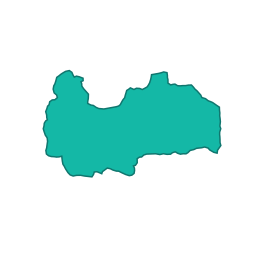 Guararema, São Paulo, Brazil, rotated 125°
{"feature_id": "56859067B30349189053910", "entity_name": "Guararema", "entity_type": "district", "adm_level": 2, "iso_a3": "BRA", "parent_name": "Brazil", "parent_adm1": "São Paulo", "projection": "orthographic", "projection_center": [-46.062, -23.425], "detail": "fine", "context": "isolated", "style": "filled", "palette": "teal", "viewbox_px": 256, "rotation_deg": 125, "n_neighbors": 0, "source": "geoboundaries", "source_scale": "gbopen_adm2", "svg_char_len": 2408}
<svg xmlns="http://www.w3.org/2000/svg" viewBox="0 0 256 256"><g transform="rotate(125 128 128)"><path d="M172.1,199.3L174.7,197.9L177.2,197.0L179.1,194.6L181.3,191.6L182.4,188.6L185.1,186.2L188.1,184.7L191.0,183.2L193.5,182.4L196.1,179.9L196.3,177.2L195.4,174.5L193.8,171.9L192.8,169.9L191.2,167.9L189.1,166.1L190.9,164.5L193.0,162.6L195.0,160.5L195.9,158.3L197.3,155.7L199.0,151.5L199.6,148.5L198.8,145.4L196.4,143.1L193.9,139.7L192.4,136.3L190.5,132.8L188.7,129.5L185.8,129.6L183.4,130.4L181.6,128.3L181.1,126.1L180.5,123.3L178.4,123.9L176.0,123.1L172.7,122.0L171.5,119.1L171.1,116.3L170.0,112.9L168.7,110.8L168.2,107.4L167.4,103.1L166.3,99.6L164.4,97.8L161.7,97.0L159.1,98.2L157.2,99.7L155.9,101.8L154.3,100.5L151.2,100.5L147.9,102.9L145.3,101.9L143.9,100.2L141.1,99.6L138.7,97.8L136.9,95.4L135.0,92.9L133.2,90.5L131.5,86.7L128.8,84.3L127.2,80.9L125.0,78.1L122.7,77.4L120.4,75.6L120.2,72.8L119.4,70.1L117.4,68.0L115.9,65.7L113.9,64.8L110.7,64.2L107.9,61.7L105.3,60.2L103.8,58.5L101.9,56.3L99.6,54.3L98.5,50.9L99.1,48.5L98.9,46.0L98.7,43.8L97.5,40.6L94.8,41.9L92.1,41.9L89.1,41.9L87.1,44.3L84.7,46.0L82.4,47.8L80.8,49.2L78.7,50.6L75.4,51.6L73.7,53.9L71.6,55.0L69.9,55.9L67.2,58.2L65.4,59.9L63.0,61.4L60.9,63.3L58.5,65.1L58.6,68.0L58.6,70.9L58.6,73.2L59.0,75.3L59.7,78.0L59.5,81.3L60.7,85.0L59.3,87.3L58.8,89.4L58.0,92.7L57.7,95.6L57.0,97.8L56.4,100.7L58.2,103.1L60.2,105.1L61.9,107.5L63.6,109.5L64.9,111.6L65.1,114.7L66.5,116.3L68.2,117.7L68.3,121.0L65.5,123.0L64.0,124.7L62.3,125.9L60.3,127.8L61.6,130.9L63.6,132.4L65.7,134.2L70.8,139.3L73.0,138.2L75.4,137.2L78.6,136.2L81.3,135.9L83.4,135.9L86.1,137.2L88.3,138.4L88.9,141.1L90.6,143.9L93.0,145.2L93.8,149.1L95.9,149.7L98.0,150.6L100.3,149.8L102.5,149.1L105.1,148.1L108.0,148.3L111.0,148.0L113.3,147.7L115.4,148.3L117.4,149.9L126.3,158.7L127.7,161.2L128.8,163.1L129.4,165.9L129.4,169.3L130.5,171.6L131.0,175.1L129.2,176.3L126.7,177.4L123.0,179.8L122.1,183.5L121.3,186.8L120.2,189.8L118.2,191.4L117.0,193.1L115.0,191.9L113.0,193.4L114.0,197.3L115.1,200.0L117.1,201.2L116.2,203.3L114.6,205.9L114.6,209.0L117.4,211.6L120.2,212.9L122.4,213.8L124.9,214.5L127.4,215.4L130.6,214.2L133.8,213.2L136.0,213.0L139.1,211.6L141.6,208.6L141.9,205.4L143.6,203.3L146.8,204.1L148.5,206.2L151.4,207.2L154.2,206.0L156.3,206.4L158.5,205.6L161.8,204.8L164.0,202.1L166.1,200.5L167.5,198.8L169.5,199.5L172.1,199.3Z" fill="#14b8a6" stroke="#0f766e" stroke-width="1.5"/></g></svg>